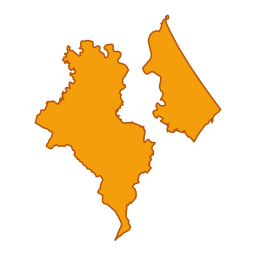 the district of Thach Ha, Ha Tinh, Vietnam
{"feature_id": "81297802B93916372624290", "entity_name": "Thach Ha", "entity_type": "district", "adm_level": 2, "iso_a3": "VNM", "parent_name": "Vietnam", "parent_adm1": "Ha Tinh", "projection": "natural_earth1", "projection_center": [105.851, 18.322], "detail": "fine", "context": "isolated", "style": "filled", "palette": "amber", "viewbox_px": 256, "rotation_deg": 0, "n_neighbors": 0, "source": "geoboundaries", "source_scale": "gbopen_adm2", "svg_char_len": 5747}
<svg xmlns="http://www.w3.org/2000/svg" viewBox="0 0 256 256"><path d="M144.2,137.5L143.8,137.2L144.7,134.2L144.5,133.4L145.0,132.6L145.0,131.3L144.6,129.6L144.0,129.7L143.5,128.0L143.0,127.7L143.6,126.8L141.4,126.4L140.5,126.8L140.0,126.5L140.1,125.6L133.3,123.0L132.0,122.0L130.4,123.4L129.9,122.6L125.4,122.8L124.7,123.2L123.3,123.0L120.7,120.8L121.2,119.7L120.0,119.3L117.9,117.3L118.3,116.4L119.1,115.9L117.7,115.4L116.5,115.6L116.3,114.3L115.9,114.2L116.2,112.8L115.7,112.5L116.2,110.1L116.8,110.2L116.7,111.4L117.3,111.4L118.2,110.2L118.3,108.4L120.2,108.0L120.1,106.6L120.7,105.3L122.4,105.1L122.9,104.7L121.9,103.0L123.1,102.0L122.1,101.1L120.4,97.2L120.5,96.3L121.3,94.9L120.1,93.6L119.6,92.4L121.2,89.8L123.4,88.9L125.4,86.9L124.8,84.8L123.4,84.6L122.8,83.5L122.5,82.3L122.7,79.5L123.8,77.3L125.0,76.4L125.6,74.8L128.5,70.1L126.9,67.0L125.0,64.9L122.9,63.9L119.4,63.0L117.8,61.7L117.8,60.1L120.3,56.9L120.7,55.7L120.9,54.6L120.5,52.9L119.0,51.7L117.1,51.4L115.4,51.7L113.8,51.0L113.0,49.1L113.2,45.6L112.4,44.6L110.9,44.3L107.6,44.7L105.6,45.5L104.1,47.6L104.4,48.6L107.3,50.8L108.1,52.9L108.2,54.9L107.7,56.4L106.6,57.5L105.5,57.6L104.9,57.0L103.6,53.6L99.7,51.5L99.4,50.8L100.0,47.4L99.5,46.6L98.8,46.1L97.5,46.0L95.1,47.4L93.6,47.3L92.9,46.0L93.0,42.7L92.6,41.7L89.1,40.7L87.1,40.5L83.9,41.3L81.9,41.0L81.3,41.3L80.6,43.8L81.2,46.3L79.6,48.4L82.5,49.1L83.2,50.8L82.3,52.1L80.0,52.7L80.4,55.3L79.9,56.0L79.1,55.9L76.5,54.1L72.5,50.5L70.1,50.5L69.6,49.0L69.8,46.9L68.2,46.0L67.5,46.4L67.1,49.2L68.0,51.3L67.7,52.7L67.0,53.4L65.2,53.4L64.8,53.9L64.9,54.5L66.4,55.1L66.5,56.5L66.0,57.0L64.2,57.1L62.8,59.9L63.0,60.5L64.2,61.1L65.0,63.2L65.7,63.0L66.6,61.1L67.3,60.7L67.8,61.0L67.6,63.0L69.8,63.1L68.8,65.4L69.0,68.2L69.5,69.0L71.4,70.3L72.8,68.7L74.1,68.2L74.3,68.7L74.0,70.3L75.5,70.9L75.5,71.7L74.7,73.4L72.0,73.8L70.7,72.9L70.0,73.8L70.4,75.3L72.4,76.2L73.2,77.6L73.3,79.3L75.0,80.3L74.2,82.9L72.3,83.8L70.5,82.1L69.6,82.4L69.1,84.2L69.2,85.5L69.8,86.6L69.2,87.3L69.6,88.2L66.8,87.5L65.7,88.1L65.4,88.9L66.6,90.3L66.1,92.5L64.6,92.9L64.3,92.3L63.7,92.1L63.6,92.7L63.1,91.9L62.1,94.1L62.8,94.4L62.5,94.9L62.8,95.8L62.1,96.8L62.3,97.8L63.4,98.1L63.8,98.8L63.3,99.0L63.2,99.6L61.5,100.0L61.5,99.3L60.4,98.3L60.0,99.2L60.4,99.6L59.8,100.2L59.6,101.2L60.2,101.9L58.8,102.6L58.3,103.9L57.8,104.2L53.9,101.4L52.8,101.0L52.4,101.7L48.8,101.4L47.9,101.5L47.8,102.2L47.6,101.8L47.1,102.1L46.5,103.2L46.9,103.5L47.0,104.2L46.6,105.5L46.9,106.0L45.5,107.9L45.6,109.2L44.2,110.1L41.1,110.2L40.3,113.2L39.0,114.7L37.7,115.0L37.0,115.9L35.4,123.0L37.6,124.0L43.1,127.6L47.5,128.9L50.1,131.4L52.3,132.2L52.7,133.4L51.7,135.7L51.3,138.0L49.5,139.5L48.9,140.8L48.8,142.2L47.0,144.1L46.3,146.0L49.9,148.6L52.1,148.4L52.5,147.1L53.3,146.3L54.6,146.0L56.0,144.7L59.1,146.3L62.2,145.8L64.2,146.4L65.5,145.7L66.3,144.4L71.4,146.1L72.6,149.9L74.1,150.2L75.0,153.1L74.2,154.6L75.7,156.9L76.5,157.4L77.4,159.2L79.3,159.9L79.8,161.3L82.1,162.5L83.5,164.9L85.6,166.0L87.3,168.7L89.5,169.2L91.3,170.2L91.4,171.6L92.8,172.0L94.6,173.5L95.8,175.1L96.2,176.6L98.0,176.5L98.7,176.0L100.1,175.8L102.0,177.7L102.7,179.2L102.7,180.4L101.0,183.5L100.1,188.5L98.3,190.9L97.9,192.1L98.5,193.0L102.1,194.9L102.7,195.6L102.4,200.0L102.7,202.0L103.7,203.3L107.5,204.5L115.5,211.5L117.2,214.9L118.3,216.3L121.5,223.1L121.4,225.5L117.8,233.5L116.7,237.2L115.4,238.8L115.1,240.6L116.1,238.8L117.6,237.9L118.8,236.4L120.6,235.8L122.7,233.6L129.0,230.0L129.6,229.3L129.8,228.0L130.5,226.9L128.4,223.1L128.8,220.5L127.7,219.6L126.3,217.2L125.8,215.1L126.4,213.6L126.1,211.6L126.6,209.7L126.9,205.2L128.4,205.1L128.7,204.0L129.7,203.1L130.0,202.3L131.3,203.1L131.6,202.3L134.0,200.1L135.7,197.6L136.1,196.5L136.1,192.1L134.6,188.6L132.6,186.8L132.6,185.9L134.7,184.0L139.0,182.4L137.7,179.8L138.2,179.2L138.9,175.4L139.3,174.6L139.8,174.6L141.7,172.5L142.8,173.0L143.3,172.5L143.8,172.7L145.0,171.5L147.1,172.9L151.1,167.9L149.3,165.8L149.3,165.1L148.7,164.6L149.6,164.1L149.3,162.6L150.0,162.0L151.3,159.0L150.7,157.8L150.1,157.5L150.0,156.4L150.8,156.4L152.1,155.0L152.2,154.2L152.9,154.8L153.4,154.5L153.4,151.1L151.9,149.3L151.9,147.3L153.0,145.2L154.7,143.8L154.9,142.7L151.0,142.3L149.1,140.0L148.1,139.5L146.5,140.3L145.3,142.2L144.7,142.3L143.6,140.7L144.2,137.5ZM220.6,109.5L203.5,86.1L190.8,67.4L178.8,48.0L170.1,31.5L166.2,23.1L165.8,20.3L166.5,19.2L168.3,18.7L168.7,17.4L168.0,15.5L167.1,15.4L165.8,16.7L166.1,19.2L164.1,19.3L162.9,21.3L162.4,22.9L161.0,23.6L161.7,25.0L161.5,26.4L159.7,30.5L158.6,31.5L156.6,30.8L153.1,32.0L150.9,33.9L149.8,35.8L148.4,40.1L149.1,44.7L151.5,54.4L151.3,56.5L150.2,59.3L142.7,68.1L144.2,72.0L146.1,73.9L148.2,73.8L150.3,72.0L153.7,71.9L158.3,75.4L159.9,75.9L160.7,77.1L160.8,79.9L159.5,86.4L159.6,87.5L160.7,90.5L162.8,92.6L163.2,93.4L161.9,97.6L160.5,99.4L160.9,99.9L162.4,99.9L163.2,100.3L165.0,102.6L165.5,104.4L164.2,105.7L161.4,106.0L160.2,105.4L158.2,103.3L157.3,103.1L156.7,103.5L156.2,105.1L156.2,106.8L157.4,109.0L157.3,109.7L153.7,111.0L153.0,112.3L153.3,113.7L155.0,116.9L155.7,117.7L156.8,118.0L157.3,117.7L158.2,116.2L159.0,116.0L162.1,117.6L162.6,118.0L162.6,118.8L162.1,119.7L160.6,120.8L160.8,121.4L163.4,122.5L163.8,123.3L166.1,123.8L166.2,124.4L166.8,124.2L167.2,125.2L168.2,124.2L167.9,126.1L168.4,126.9L167.6,127.3L167.1,128.9L167.5,131.5L168.5,130.8L171.1,132.2L173.7,132.1L174.7,131.5L174.4,129.8L177.2,129.1L176.4,130.3L180.3,131.9L182.2,132.1L182.6,131.7L183.0,132.3L183.6,131.5L184.1,132.0L184.9,131.1L185.2,132.8L188.0,136.8L189.9,137.0L194.0,141.7L195.1,140.3L197.1,136.3L200.5,131.2L205.5,124.6L207.3,124.0L208.6,123.1L209.2,121.0L211.6,119.1L211.4,121.7L212.0,122.3L212.8,120.5L212.8,118.4L213.5,116.5L214.8,114.8L219.1,111.5L219.1,111.1L220.6,109.5Z" fill="#f59e0b" stroke="#b45309" stroke-width="1.5"/></svg>